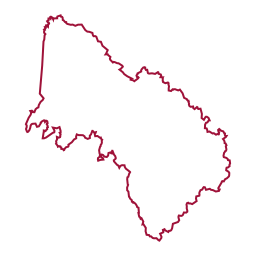 outline of Ballinamore-Lea-6, Leitrim, Ireland
{"feature_id": "5873133B64566250281518", "entity_name": "Ballinamore-Lea-6", "entity_type": "district", "adm_level": 2, "iso_a3": "IRL", "parent_name": "Ireland", "parent_adm1": "Leitrim", "projection": "mercator", "projection_center": [-7.852, 54.028], "detail": "fine", "context": "isolated", "style": "outline", "palette": "rose", "viewbox_px": 256, "rotation_deg": 0, "n_neighbors": 0, "source": "geoboundaries", "source_scale": "gbopen_adm2", "svg_char_len": 5769}
<svg xmlns="http://www.w3.org/2000/svg" viewBox="0 0 256 256"><path d="M47.1,21.2L47.8,22.3L48.8,22.6L49.1,23.6L48.1,24.7L48.0,26.2L47.3,25.2L46.8,25.8L46.1,25.4L45.7,26.3L46.1,26.9L44.9,27.1L45.5,28.4L44.7,29.0L44.9,29.7L44.2,29.8L44.5,30.3L44.1,31.1L44.1,32.7L45.4,34.1L44.6,35.3L44.3,39.4L43.5,41.5L42.2,65.6L39.8,93.7L43.6,98.3L42.8,99.9L40.5,102.0L38.8,105.1L38.4,107.4L37.3,107.8L35.6,109.2L34.4,112.2L32.6,112.1L32.6,111.2L31.9,110.7L30.3,111.0L31.1,112.3L31.0,113.7L30.5,115.0L28.7,117.7L25.9,124.2L26.7,125.4L26.7,127.1L26.0,129.0L26.7,131.0L27.3,132.0L28.2,131.7L29.4,130.1L30.2,127.9L30.7,125.4L31.6,124.2L32.5,123.8L35.5,123.6L37.0,126.8L38.9,126.3L41.0,122.8L40.8,122.5L42.1,121.3L44.0,120.3L44.5,120.4L45.0,122.0L46.2,120.7L46.8,120.9L47.3,121.4L47.6,123.1L47.1,123.3L46.7,124.2L47.5,125.4L47.8,127.0L47.4,127.0L47.1,127.5L47.2,129.2L46.0,130.2L45.7,130.9L44.7,131.4L44.3,130.6L43.8,130.5L43.8,131.4L42.7,138.3L44.1,138.3L46.1,137.5L52.8,132.8L54.1,132.4L54.4,132.0L54.4,130.5L52.9,127.6L56.9,128.3L59.5,127.1L60.6,130.9L60.6,132.6L59.7,132.8L60.6,134.7L60.2,135.4L60.3,136.3L60.1,137.1L58.7,137.7L56.9,136.9L57.1,139.3L56.1,141.2L56.4,143.0L56.0,143.7L57.5,145.6L57.9,146.7L58.9,146.1L60.3,146.4L60.4,147.2L61.3,147.5L61.3,148.9L63.3,149.2L63.7,150.2L64.2,150.0L64.7,148.7L66.1,147.2L68.1,146.7L68.6,145.9L68.4,144.7L71.9,142.2L74.0,139.5L76.2,138.3L76.1,136.5L76.8,134.4L78.6,135.1L82.9,135.2L84.5,136.3L85.1,137.7L87.7,138.9L89.9,138.0L89.8,135.7L91.0,134.4L92.3,130.9L92.7,130.9L94.2,132.6L95.8,132.2L95.6,132.9L94.6,133.5L95.2,136.2L97.5,136.0L100.2,137.9L100.8,137.6L101.4,139.2L102.2,139.8L101.7,140.7L101.9,142.3L101.6,143.7L100.7,145.0L100.6,146.2L100.1,146.7L99.1,150.2L99.6,153.7L100.0,154.3L100.1,155.4L99.6,156.8L98.0,158.1L97.9,159.6L98.2,160.7L100.3,159.9L103.4,159.6L103.1,158.7L102.3,157.7L101.4,157.3L101.1,156.2L100.2,155.3L101.1,154.7L101.7,154.5L103.2,155.1L104.3,156.6L106.8,157.0L108.1,155.6L108.5,153.0L110.6,152.4L111.0,153.2L111.7,153.4L111.7,152.3L112.1,151.9L112.2,150.8L112.5,150.8L114.0,154.6L115.2,156.1L115.8,158.1L115.6,158.7L113.8,160.3L114.0,161.4L117.1,164.9L118.3,165.5L119.3,167.8L120.4,165.9L122.0,165.2L124.5,165.3L124.8,166.9L125.8,168.6L129.9,171.8L130.1,172.1L129.1,173.9L128.3,176.8L127.4,177.3L127.2,179.3L127.7,184.2L128.1,184.8L127.1,187.6L127.2,190.3L128.4,191.6L129.0,196.7L129.4,196.9L130.1,198.6L131.8,200.2L131.9,201.7L133.3,202.0L133.2,202.7L134.6,203.0L135.5,203.8L136.7,205.6L137.2,207.1L138.5,207.7L138.9,212.8L138.4,212.9L139.2,216.7L139.8,216.9L140.6,218.8L141.5,218.2L143.3,221.6L142.5,224.4L143.4,224.2L145.8,227.9L145.6,231.3L146.6,234.8L149.1,235.1L149.8,236.4L151.1,236.4L152.6,237.9L154.0,238.3L156.5,238.2L158.5,240.2L159.4,240.6L161.3,238.0L161.5,236.8L160.1,233.7L163.1,232.4L163.4,232.0L162.9,229.9L164.5,229.2L165.1,230.3L168.3,232.0L168.9,230.9L170.5,230.7L171.2,230.2L172.1,228.4L172.9,223.8L178.0,222.0L179.2,220.2L178.5,217.6L178.5,216.3L178.9,215.5L181.2,215.9L182.3,215.5L182.9,214.9L183.9,212.5L186.2,212.6L187.3,211.7L187.3,210.6L186.7,208.3L186.8,206.3L186.5,204.6L187.0,203.2L188.2,202.7L189.0,203.5L190.3,203.4L192.2,204.1L196.6,201.1L196.0,198.6L196.3,196.4L199.3,195.7L199.5,194.8L199.3,193.2L199.5,192.2L200.5,190.2L202.3,189.5L203.2,187.7L203.8,187.1L204.9,187.3L206.0,189.8L209.8,188.8L211.0,189.8L212.9,190.1L215.8,191.5L219.0,190.9L219.6,189.5L218.7,189.4L218.3,188.1L221.8,182.1L221.8,181.6L222.3,181.1L223.8,181.4L225.1,179.2L226.9,178.3L228.9,176.4L229.2,175.3L229.3,172.9L228.5,171.7L226.2,170.3L226.3,168.8L226.6,167.7L228.1,167.4L229.6,166.1L229.4,165.0L230.1,163.4L229.7,160.4L228.0,160.1L227.7,159.0L226.4,157.9L223.8,157.1L223.5,155.8L224.1,152.8L224.7,152.2L225.0,151.3L226.1,150.7L226.4,149.3L225.8,146.2L226.5,145.3L225.6,143.5L224.6,143.1L224.6,141.9L224.1,140.4L223.0,139.0L225.9,137.0L226.5,136.0L225.4,136.1L224.8,134.8L225.0,133.5L224.3,133.3L223.3,131.4L220.4,130.5L220.4,130.0L219.2,129.0L218.1,130.0L218.6,132.0L219.1,132.6L218.8,133.2L219.0,134.0L218.7,134.4L217.3,134.0L216.0,134.7L213.8,133.2L212.6,133.5L209.4,131.5L207.5,131.9L207.1,129.5L206.6,128.4L204.9,128.2L205.1,124.6L206.0,122.8L207.4,122.4L208.6,120.5L209.6,120.4L208.5,117.9L206.9,116.8L206.0,116.7L205.3,117.3L203.9,119.8L201.6,118.0L201.9,113.9L200.5,108.7L198.3,109.0L197.8,108.5L197.5,107.3L197.0,107.0L194.6,109.1L193.3,108.1L193.1,106.5L190.7,106.8L189.5,106.1L188.9,104.6L189.1,103.7L188.5,102.0L188.8,101.6L188.5,100.7L187.9,100.7L187.1,99.9L186.9,99.2L184.1,97.8L182.6,93.3L179.9,89.6L178.2,90.4L175.0,89.2L173.3,89.3L173.0,89.7L172.5,89.4L171.1,91.0L168.7,90.5L168.7,88.3L169.0,86.3L168.4,84.2L168.6,83.2L167.9,82.5L165.4,83.2L163.1,82.1L163.1,81.4L162.7,80.9L162.8,78.4L162.5,78.0L162.9,77.3L160.5,77.2L161.2,75.7L160.8,74.5L158.6,73.8L158.4,72.4L158.0,72.1L155.1,73.9L152.0,73.3L149.1,73.6L148.2,73.3L147.9,73.0L147.2,69.8L145.9,69.9L145.1,68.4L145.2,67.5L144.6,67.2L143.3,67.5L141.6,69.4L141.1,70.5L141.2,71.5L137.5,73.4L137.4,73.8L137.6,74.0L136.5,75.4L136.9,76.9L138.0,76.9L138.6,77.6L137.8,78.6L134.3,81.2L133.4,80.4L130.6,79.7L130.9,78.4L131.3,78.3L127.3,76.3L124.2,74.1L122.8,72.2L119.5,69.6L120.7,68.9L122.8,66.7L122.3,65.7L118.6,63.3L117.2,63.2L114.7,62.1L113.6,61.9L112.9,62.5L110.2,59.7L109.9,58.7L110.4,56.9L108.1,55.1L107.7,54.3L105.6,54.4L106.2,53.5L107.7,50.1L102.5,45.8L100.9,41.8L98.0,41.3L96.3,36.7L95.2,36.1L93.6,36.2L92.9,35.2L92.4,32.9L89.3,31.8L87.3,31.6L85.3,30.1L81.7,24.6L78.0,24.7L75.3,25.8L72.7,24.6L70.8,24.8L67.3,23.9L66.3,23.2L66.2,22.1L65.0,22.0L63.6,20.3L62.8,20.0L62.6,17.6L62.1,16.9L60.9,16.6L60.6,15.4L57.4,16.5L57.0,17.7L57.1,18.3L54.1,18.4L53.3,18.7L53.2,19.4L52.8,18.6L53.0,18.0L50.9,16.7L50.4,17.0L50.9,17.6L50.6,18.7L49.9,17.9L49.5,18.6L48.5,18.5L48.4,19.6L48.6,20.1L47.1,21.2Z" fill="none" stroke="#9f1239" stroke-width="2"/></svg>